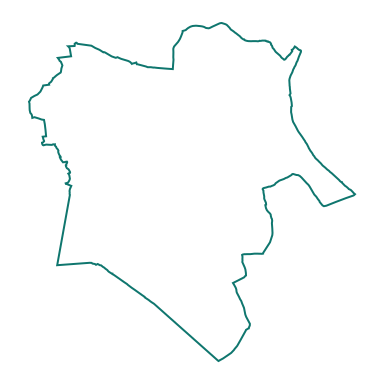 Miclesti, Vaslui, Romania (Natural Earth projection)
{"feature_id": "2599482B22434566679627", "entity_name": "Miclesti", "entity_type": "district", "adm_level": 2, "iso_a3": "ROU", "parent_name": "Romania", "parent_adm1": "Vaslui", "projection": "natural_earth1", "projection_center": [27.843, 46.821], "detail": "fine", "context": "isolated", "style": "outline", "palette": "teal", "viewbox_px": 384, "rotation_deg": 0, "n_neighbors": 0, "source": "geoboundaries", "source_scale": "gbopen_adm2", "svg_char_len": 5739}
<svg xmlns="http://www.w3.org/2000/svg" viewBox="0 0 384 384"><path d="M218.4,361.0L223.0,358.5L231.2,352.9L234.1,349.8L234.5,349.1L237.2,345.9L240.6,339.9L245.7,330.7L246.0,329.9L248.1,328.6L248.8,328.4L248.9,327.6L249.8,325.5L249.9,323.8L246.2,316.9L245.3,314.5L244.0,307.9L242.1,303.4L241.3,301.1L240.1,299.2L239.0,296.8L236.8,292.6L236.5,291.3L236.3,289.4L235.7,287.7L234.2,285.0L233.0,283.0L244.2,277.3L244.9,276.3L246.0,275.5L245.9,273.0L245.4,269.5L244.7,267.4L242.3,262.0L242.5,260.9L242.4,259.1L242.5,256.8L242.2,255.5L242.1,254.9L242.8,254.5L244.3,254.2L250.5,254.1L254.2,253.7L258.4,253.7L262.1,253.8L263.1,253.6L263.1,253.0L270.0,242.3L271.2,238.6L272.3,235.2L272.5,233.0L272.3,228.6L271.9,223.2L272.2,220.8L271.9,218.9L271.4,218.1L271.1,216.9L270.8,216.0L270.8,215.2L270.6,214.4L269.7,213.2L268.1,211.7L266.9,210.2L266.0,208.2L265.3,205.1L266.1,204.7L266.0,203.1L265.5,201.7L264.7,200.0L264.2,198.6L264.2,196.2L263.5,192.6L263.4,190.5L262.7,189.4L262.8,188.6L263.9,188.0L266.1,187.5L268.9,186.6L270.3,186.6L272.1,185.8L273.5,185.3L274.8,184.5L275.6,183.3L279.4,180.6L283.9,179.0L285.7,178.0L287.3,177.5L291.5,175.0L292.3,174.1L293.2,174.0L296.5,175.0L298.1,175.1L299.7,175.9L301.5,177.5L306.7,183.2L308.4,184.8L309.6,186.5L314.3,194.6L316.3,196.7L317.8,199.0L319.4,201.0L319.7,202.0L322.5,205.4L323.9,206.2L326.4,205.7L335.7,202.0L346.0,198.1L353.5,195.5L354.1,195.1L355.0,194.2L354.0,193.4L352.3,191.5L350.7,189.9L348.7,189.0L348.4,188.5L346.4,186.7L345.0,185.8L342.0,182.7L342.0,182.2L341.0,181.9L339.9,181.0L339.1,180.0L331.6,173.1L330.1,172.0L329.0,170.8L327.2,169.5L325.2,167.6L322.6,165.5L320.8,163.3L319.0,161.6L317.8,160.3L316.3,159.0L315.2,157.9L314.2,156.2L313.2,155.1L312.5,153.7L311.8,152.6L310.2,150.5L309.5,149.2L308.8,148.2L308.7,147.7L306.9,144.1L305.5,142.2L304.9,140.9L304.1,139.8L302.2,136.9L298.6,131.9L297.8,130.6L295.6,126.3L293.1,121.9L292.4,119.5L291.6,114.5L291.1,112.2L291.2,106.9L291.3,106.7L291.8,106.3L291.9,105.9L291.6,102.5L290.7,97.6L290.2,96.1L289.5,95.1L289.6,94.9L290.3,93.9L290.5,93.6L290.5,93.3L289.9,88.8L289.8,86.6L289.6,85.9L289.6,85.0L289.3,80.2L289.6,78.6L290.6,75.6L292.3,72.3L293.3,69.3L293.9,68.4L294.3,67.3L295.5,65.4L296.6,62.3L297.5,60.8L298.9,56.7L300.9,52.0L301.0,51.5L300.9,50.6L300.4,50.2L299.6,50.2L299.4,50.1L298.7,49.5L297.7,48.8L297.0,48.0L296.6,47.7L296.2,47.6L295.7,47.0L294.8,46.5L293.8,48.2L293.3,48.8L293.0,49.1L292.8,49.5L292.6,49.7L291.8,49.8L291.7,49.9L292.2,51.3L290.1,54.1L289.7,54.4L289.5,54.9L289.1,54.9L287.9,56.2L287.2,56.7L286.7,57.5L286.4,57.8L285.8,58.7L284.9,59.5L284.4,59.7L283.9,59.6L283.6,59.2L281.7,57.8L281.1,57.1L280.7,56.5L280.5,56.2L280.0,55.6L275.7,51.9L275.4,51.4L275.2,51.2L274.0,49.3L272.6,47.8L272.4,47.2L272.4,46.9L271.9,45.6L271.4,45.2L271.1,44.6L271.0,44.3L271.1,44.0L270.7,43.2L270.3,42.6L270.1,42.4L269.9,42.4L269.7,42.2L268.9,42.0L268.7,41.8L268.4,41.8L268.2,41.5L267.9,41.4L267.6,41.6L266.9,41.2L266.5,41.3L266.3,41.1L265.9,41.0L265.7,40.7L265.3,40.8L265.0,40.6L262.2,40.6L260.7,40.9L260.0,40.9L259.5,40.8L259.3,41.0L258.0,41.3L255.8,41.1L250.4,41.2L248.3,41.1L247.1,40.9L246.2,40.7L244.8,40.2L244.4,39.6L244.2,39.4L243.6,39.5L241.5,38.1L241.3,37.8L240.7,37.2L239.6,36.0L238.7,35.4L236.2,33.4L235.0,32.6L233.6,31.4L230.8,29.5L229.5,27.7L227.0,25.1L226.3,24.6L224.9,24.0L221.7,23.0L220.1,23.2L219.3,23.5L212.5,26.6L209.7,28.0L208.7,28.3L206.1,28.0L204.0,26.9L202.2,26.4L200.1,26.1L196.0,25.7L192.6,26.0L190.4,26.7L189.4,27.3L188.3,27.9L186.5,29.3L186.1,29.8L185.1,30.3L182.6,31.0L182.6,31.8L182.5,32.6L181.0,36.5L179.9,39.0L178.1,41.9L174.1,46.5L173.4,48.3L173.3,49.0L173.4,52.2L173.3,57.4L173.5,59.7L173.1,64.7L172.8,69.1L167.1,68.7L157.3,67.9L154.0,67.5L153.5,67.6L150.9,67.2L147.7,67.2L146.0,66.5L137.3,64.2L136.8,64.2L136.3,62.5L134.2,63.2L132.5,63.5L131.9,63.9L130.7,62.5L129.7,61.7L128.0,60.9L121.3,58.9L119.6,58.2L117.5,57.2L116.7,57.5L115.8,57.8L114.8,57.5L111.7,56.4L105.1,52.5L104.3,52.2L103.6,52.1L103.3,52.3L100.4,50.4L99.0,49.6L95.3,48.0L91.4,45.7L77.4,43.8L76.7,42.8L76.5,42.7L75.8,42.8L75.5,43.1L75.2,43.5L74.7,43.7L74.7,45.6L74.6,46.0L68.1,46.3L68.9,47.1L69.7,48.3L71.1,56.3L57.8,57.9L59.1,59.7L59.6,60.8L60.9,61.8L62.4,65.4L61.4,68.5L61.0,71.4L60.7,72.5L57.0,75.0L55.2,76.5L54.2,77.5L53.2,78.0L52.9,78.2L52.9,78.9L51.2,81.7L49.1,83.4L48.9,84.0L49.1,84.7L43.2,85.5L42.6,87.3L40.4,91.6L37.5,94.5L34.5,95.9L31.1,97.9L29.8,100.7L29.0,101.7L29.5,103.5L29.6,108.3L29.7,110.2L30.3,112.9L31.2,113.9L31.7,114.7L32.1,116.2L32.3,117.9L34.5,117.2L38.8,118.5L41.5,119.5L44.0,119.9L44.8,124.1L45.5,129.9L46.1,136.3L42.7,136.7L43.6,140.0L44.0,140.6L44.1,141.3L43.0,142.4L42.0,142.7L42.0,143.0L42.3,144.2L42.8,145.0L43.5,145.3L46.1,144.6L51.9,144.9L53.1,144.3L53.9,144.3L54.0,144.5L54.6,144.5L54.9,144.4L55.0,145.7L56.1,146.8L56.2,147.3L56.8,148.4L57.7,149.3L58.4,150.6L58.2,151.8L58.4,152.7L58.9,154.0L59.3,154.9L60.4,156.4L60.5,156.6L59.8,156.6L59.7,156.9L60.4,158.5L61.0,159.7L63.0,162.3L64.7,162.1L66.1,161.7L67.0,161.7L67.2,162.1L66.9,163.2L66.2,164.3L66.2,164.7L66.3,165.0L65.8,165.3L66.0,166.5L66.9,168.2L68.4,169.2L68.9,169.9L69.9,171.7L70.1,172.3L69.8,173.0L69.2,173.0L68.8,173.6L68.4,173.7L69.3,175.2L69.9,178.7L69.8,179.2L69.3,180.5L68.5,181.9L67.8,182.7L65.7,183.3L65.9,183.9L66.9,184.1L71.3,185.9L69.9,189.1L69.5,191.1L69.7,192.0L69.6,194.1L69.9,194.8L57.2,265.2L89.7,262.8L91.6,262.9L92.5,263.6L94.9,264.0L96.0,264.8L97.7,264.0L99.9,265.2L101.2,265.4L102.8,266.8L104.2,267.6L105.4,268.7L107.1,269.9L107.5,270.3L108.3,271.3L109.2,272.0L111.6,273.5L112.4,273.6L112.4,274.1L114.0,275.0L116.3,276.6L123.8,281.9L127.1,284.1L127.9,284.9L131.6,287.7L134.8,289.9L142.2,295.2L144.7,296.9L144.7,297.3L145.2,297.7L148.7,300.0L150.3,301.3L152.0,302.5L153.9,303.7L218.4,361.0Z" fill="none" stroke="#0f766e" stroke-width="2"/></svg>